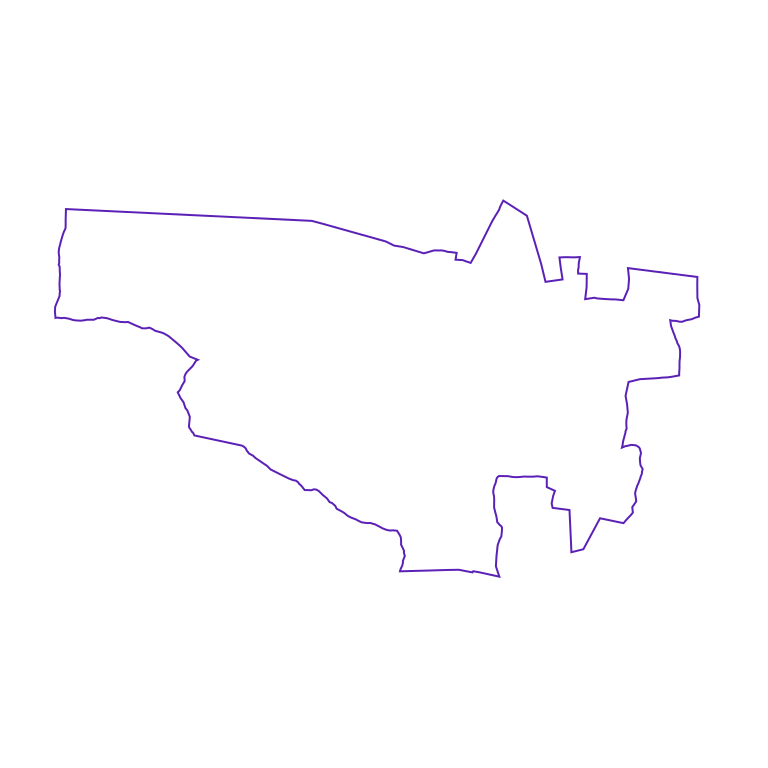 Akil, Yucatán, Mexico, rotated 85°
{"feature_id": "50627088B40432744920645", "entity_name": "Akil", "entity_type": "district", "adm_level": 2, "iso_a3": "MEX", "parent_name": "Mexico", "parent_adm1": "Yucatán", "projection": "natural_earth1", "projection_center": [-89.34, 20.26], "detail": "fine", "context": "isolated", "style": "outline", "palette": "violet", "viewbox_px": 768, "rotation_deg": 85, "n_neighbors": 0, "source": "geoboundaries", "source_scale": "gbopen_adm2", "svg_char_len": 4702}
<svg xmlns="http://www.w3.org/2000/svg" viewBox="0 0 768 768"><g transform="rotate(85 384 384)"><path d="M344.3,64.4L332.8,63.0L325.7,64.3L312.6,63.3L304.7,62.5L289.8,130.9L300.6,130.7L310.5,132.4L321.4,138.2L319.9,146.2L319.5,150.2L318.5,157.2L317.3,164.4L316.4,166.7L317.0,176.2L307.0,174.1L304.9,173.7L292.0,172.4L290.9,181.0L287.8,180.8L286.8,180.6L285.2,180.0L283.5,179.8L281.5,179.6L278.8,179.0L276.4,178.2L274.6,177.8L274.5,181.2L274.4,183.7L273.5,191.7L273.2,198.2L283.6,197.8L295.4,197.0L296.3,214.2L277.9,217.0L228.8,227.0L216.8,242.5L211.7,249.2L214.8,251.2L218.0,253.1L220.0,253.9L222.9,255.9L225.5,257.9L231.2,262.0L262.1,281.0L270.9,287.1L268.7,292.2L267.4,294.9L266.4,301.9L259.7,300.2L258.9,303.7L258.2,307.1L258.0,308.7L257.7,309.5L256.7,312.1L255.9,315.1L255.8,317.3L255.5,320.0L255.3,322.5L257.3,332.9L249.2,353.1L247.0,361.9L242.2,369.7L218.9,431.5L215.2,441.7L182.0,685.6L193.4,686.9L198.1,687.3L201.1,687.7L202.8,688.6L204.2,689.5L205.7,690.2L207.9,691.2L214.9,693.9L216.6,694.4L219.5,695.5L221.3,696.0L224.4,696.6L226.5,696.6L229.7,696.4L232.0,696.8L235.1,697.0L236.9,697.7L238.7,696.9L240.1,696.9L241.8,697.1L244.5,697.2L246.6,697.2L249.8,697.7L251.5,697.9L254.8,698.4L255.8,698.5L258.5,698.7L259.9,698.7L261.8,698.9L263.4,698.6L265.4,699.2L268.0,699.5L278.3,704.8L282.8,705.5L289.5,705.5L289.4,705.2L289.5,703.1L290.3,699.7L290.2,696.9L291.5,692.1L293.1,688.3L293.8,685.5L294.2,682.6L294.5,680.4L294.4,677.5L294.1,674.1L294.7,667.4L293.2,663.1L293.7,661.8L293.1,659.7L294.4,653.9L296.6,648.9L299.1,641.7L299.6,638.3L299.9,635.7L299.9,633.5L301.4,631.0L304.8,624.9L306.2,622.0L307.4,620.3L307.8,616.5L307.4,613.0L307.9,611.9L309.3,609.6L311.0,607.4L313.6,600.5L314.5,598.8L317.4,594.6L325.1,586.8L330.2,582.1L339.7,575.2L343.7,567.4L344.4,569.2L349.5,573.1L354.4,578.9L356.3,580.6L359.4,582.2L363.7,582.3L367.4,585.0L372.4,588.0L374.3,590.2L380.3,587.9L384.7,585.3L390.7,583.9L393.2,582.2L399.8,580.3L404.3,581.1L409.0,582.0L410.5,581.8L412.2,580.8L415.2,579.3L415.7,578.5L418.7,577.4L433.0,530.9L433.9,529.5L435.3,528.0L436.3,527.3L437.0,527.0L438.2,526.6L441.4,524.6L444.1,520.6L446.6,518.4L455.6,507.4L459.2,504.5L465.0,495.1L470.0,486.8L470.8,485.1L471.8,483.1L472.6,480.2L474.4,478.1L475.9,477.4L478.2,475.2L480.2,473.9L482.7,472.3L483.1,468.9L483.5,465.5L482.8,463.2L483.3,460.6L484.9,458.3L489.4,454.5L490.7,453.1L493.1,450.7L496.9,448.5L498.0,446.2L501.1,443.2L504.2,442.0L507.3,437.1L509.0,434.8L512.1,431.7L514.4,428.1L516.2,424.2L518.0,421.5L519.9,418.2L521.0,413.3L521.2,411.3L521.2,409.7L522.2,407.5L522.8,405.6L525.5,401.2L527.6,398.1L528.7,395.9L529.8,393.5L530.6,390.2L530.5,388.2L531.3,383.8L535.4,381.7L538.3,380.6L543.1,380.7L545.5,381.0L551.8,378.6L554.1,378.9L557.0,378.2L561.9,380.6L563.7,380.7L566.4,381.6L570.0,383.7L572.0,384.4L573.6,357.7L574.8,336.7L575.6,325.6L579.4,312.3L578.3,311.4L579.8,305.7L586.0,285.9L575.4,288.4L565.6,287.0L554.4,284.8L548.5,282.1L546.3,280.5L543.1,279.8L539.1,279.1L537.1,279.0L535.8,279.6L534.4,281.1L533.0,282.0L531.6,283.2L531.1,283.2L530.1,283.3L526.6,283.5L526.0,283.6L524.9,283.7L524.2,283.8L522.4,284.2L517.9,284.9L517.6,285.0L515.5,285.0L513.9,284.8L512.5,284.7L509.8,284.4L509.1,284.3L505.6,284.2L505.4,284.2L504.3,284.3L503.9,284.4L503.1,284.5L501.7,284.6L500.3,284.5L498.8,284.2L497.1,283.6L495.5,283.1L494.4,282.5L493.9,282.2L492.5,281.5L490.5,280.8L489.3,280.5L488.7,280.3L487.4,279.7L486.4,278.7L485.7,277.4L486.6,268.6L487.7,264.5L488.3,261.0L488.5,256.9L488.4,252.6L488.9,248.3L489.3,243.4L489.3,239.1L490.4,234.1L491.4,230.0L500.9,230.8L505.3,223.0L510.4,225.3L517.7,227.4L522.1,226.8L525.7,210.2L560.0,211.6L567.9,212.0L566.0,199.8L536.6,180.5L543.5,157.5L540.4,154.4L536.0,149.4L533.8,147.3L528.3,147.4L523.0,143.0L521.0,143.0L514.8,143.4L512.7,142.8L510.3,141.8L507.6,140.7L505.2,139.3L503.5,138.5L500.6,137.1L498.5,136.3L495.8,134.9L494.1,134.7L491.9,133.9L491.0,133.8L487.6,135.5L484.5,135.7L480.1,135.6L476.9,134.5L474.9,134.0L470.7,134.8L469.6,135.3L468.6,136.3L467.7,137.5L467.0,138.6L466.2,143.1L466.7,146.0L467.0,149.0L468.1,152.5L465.8,151.7L462.3,150.9L460.9,150.4L459.6,150.0L457.8,149.2L457.7,149.2L456.5,148.9L454.0,147.8L452.9,147.7L450.9,147.0L449.8,146.2L447.9,146.2L445.0,146.1L441.9,145.8L439.3,145.2L433.9,143.6L425.6,143.6L416.9,144.4L403.3,140.2L401.5,128.7L402.0,111.4L401.9,106.0L402.1,100.7L401.9,97.0L401.2,89.2L399.6,89.1L393.6,88.2L389.8,87.9L386.6,87.5L383.3,86.8L377.9,86.2L375.1,86.2L372.2,86.7L368.9,88.2L367.3,88.4L363.4,89.8L360.7,90.3L359.7,90.7L357.2,91.4L351.2,93.0L345.4,93.3L346.2,90.9L346.4,88.6L346.8,86.8L347.6,84.6L348.0,81.7L347.0,78.0L346.8,77.0L346.5,74.3L346.3,71.9L345.4,69.2L344.9,67.4L344.3,64.4Z" fill="none" stroke="#5b21b6" stroke-width="2"/></g></svg>